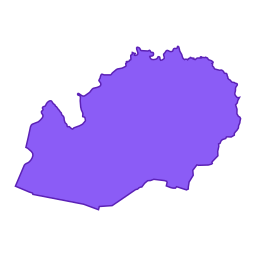 outline of West Kazakhstan
{"feature_id": "KAZ-3201", "entity_name": "West Kazakhstan", "entity_type": "Region", "adm_level": 1, "iso_a3": "KAZ", "parent_name": "Kazakhstan", "parent_adm1": "", "projection": "orthographic", "projection_center": [51.03, 49.856], "detail": "fine", "context": "isolated", "style": "filled", "palette": "violet", "viewbox_px": 256, "rotation_deg": 0, "n_neighbors": 0, "source": "natural_earth", "source_scale": "10m", "svg_char_len": 4890}
<svg xmlns="http://www.w3.org/2000/svg" viewBox="0 0 256 256"><path d="M177.9,46.3L178.6,46.7L179.1,48.1L179.5,49.8L179.8,51.1L181.7,54.5L182.5,57.2L182.7,57.7L183.0,58.2L183.4,58.8L183.9,59.2L184.5,59.6L185.2,59.2L187.6,59.3L187.7,59.7L188.0,59.5L188.4,59.1L188.6,58.7L188.8,58.5L189.1,58.4L189.8,58.3L189.9,58.1L190.1,57.8L190.2,57.5L190.6,57.4L190.9,57.5L191.5,58.1L193.2,58.1L193.8,58.3L193.4,59.0L194.0,59.1L194.7,59.5L195.1,59.6L195.5,59.5L195.8,59.1L196.2,58.7L196.5,58.4L197.5,58.0L200.7,58.0L200.4,57.3L200.5,56.9L200.9,56.8L201.3,56.8L201.5,56.9L201.7,57.1L201.8,57.3L201.9,57.5L202.2,57.6L202.4,57.5L202.5,57.4L204.7,57.6L205.1,57.5L205.7,57.2L206.2,57.6L206.3,57.5L207.3,57.9L207.7,58.3L208.2,59.3L208.6,59.7L211.4,60.7L212.5,61.5L212.9,61.8L213.1,62.5L212.9,62.9L212.0,63.4L212.5,63.9L212.5,64.6L212.4,65.4L212.6,66.1L213.5,67.0L213.9,67.5L214.1,68.2L214.8,69.0L219.8,70.3L221.1,70.0L221.9,70.2L222.9,70.9L223.5,71.5L224.2,72.9L224.8,73.3L226.2,73.4L226.7,73.8L227.0,74.4L227.3,76.1L227.6,76.6L227.8,77.0L227.9,77.4L227.8,78.2L228.7,79.2L229.2,79.6L230.3,80.2L230.7,80.7L231.0,81.2L231.5,81.8L232.1,82.2L234.3,82.5L234.6,82.7L235.1,83.1L235.4,83.3L236.6,83.5L237.0,83.7L237.2,84.0L237.3,84.4L237.3,84.9L237.1,85.3L235.7,87.4L235.5,88.3L235.5,90.1L235.4,91.0L234.9,92.9L234.8,93.8L235.0,94.6L235.4,95.5L236.5,96.8L237.0,97.3L237.7,97.7L238.2,97.7L239.5,97.4L237.7,100.7L237.3,102.9L235.6,104.9L237.0,109.2L236.9,113.7L238.4,116.3L239.8,117.1L240.6,118.6L240.0,121.2L239.8,122.9L238.6,125.7L238.4,128.0L237.0,130.2L235.4,131.9L234.3,133.4L234.3,135.2L231.2,137.0L227.8,136.8L226.4,137.0L225.7,138.5L222.4,139.6L221.0,141.0L220.0,143.4L218.6,143.9L218.8,146.5L217.7,151.3L217.9,155.8L212.7,161.2L211.9,162.2L212.3,163.5L211.5,164.1L208.4,165.0L198.5,165.3L196.9,164.9L192.8,170.3L193.2,175.3L189.1,182.0L188.3,187.1L188.3,189.0L186.5,189.9L176.6,186.7L175.5,188.1L173.0,188.1L170.7,187.6L166.3,185.9L167.1,182.6L166.7,181.3L164.6,180.6L153.8,179.3L150.6,180.5L147.7,180.7L144.6,183.3L141.8,187.0L140.5,187.1L139.0,187.8L137.6,189.1L135.6,189.6L112.2,205.6L99.3,206.5L98.5,209.7L83.6,204.2L32.9,194.4L32.9,194.0L32.6,193.3L32.0,192.9L29.2,192.0L22.3,189.1L15.4,186.2L20.0,175.4L24.3,165.2L25.1,164.3L26.1,163.6L28.3,162.6L28.9,162.1L29.5,161.6L31.0,159.9L32.2,157.8L32.9,155.6L32.7,153.4L31.4,151.5L27.5,148.1L25.9,147.4L28.3,137.1L30.5,126.8L31.3,125.1L32.3,124.2L38.4,121.8L40.4,120.0L42.3,117.8L42.9,116.6L42.9,115.1L41.5,112.9L41.4,111.7L41.7,111.2L42.7,110.2L43.0,109.6L42.9,109.0L42.6,108.5L42.4,108.0L42.7,107.2L43.2,106.8L45.1,106.1L45.5,105.6L46.4,103.8L46.5,103.6L47.4,102.4L48.6,101.4L49.9,100.8L51.0,100.8L51.7,101.3L53.3,103.7L54.5,104.5L54.9,104.9L55.2,105.5L55.3,105.9L55.6,106.3L56.1,106.5L56.4,106.7L57.6,108.3L58.1,109.1L59.1,110.1L60.2,111.8L61.2,112.8L61.4,113.3L61.5,113.9L61.7,114.5L62.0,115.0L63.3,116.2L63.9,117.3L64.1,118.5L64.2,119.8L64.5,121.0L64.7,121.4L64.9,122.3L65.1,122.7L65.4,123.0L66.5,124.0L67.0,125.0L67.1,126.0L67.4,126.6L68.4,126.7L69.2,126.6L69.4,126.7L70.7,128.0L72.2,129.0L72.6,129.1L72.9,128.9L73.6,128.1L74.0,127.8L79.7,125.7L82.5,124.2L84.7,121.7L85.2,121.0L85.4,120.6L85.4,120.1L85.1,118.4L84.9,117.7L84.6,117.2L82.7,116.6L82.7,115.5L82.9,114.0L82.5,112.3L81.4,110.0L80.7,107.0L80.2,100.8L80.4,97.8L80.3,96.5L79.7,95.6L78.3,95.2L77.7,94.8L77.6,94.0L78.0,93.5L78.7,93.5L82.1,95.8L83.4,96.1L84.6,95.9L89.6,92.4L92.1,89.2L93.3,88.3L97.1,87.4L99.4,86.5L100.5,85.6L100.9,84.2L100.5,82.8L99.6,81.7L98.9,80.6L99.3,79.4L100.0,78.3L100.2,77.6L100.5,76.2L100.8,75.5L101.1,74.8L101.5,74.3L102.1,74.2L104.2,74.9L110.6,74.9L111.1,74.6L112.4,72.9L116.3,69.6L117.4,69.0L122.2,68.1L125.4,66.5L125.8,66.2L126.0,65.7L126.0,65.2L125.8,64.4L125.7,63.6L126.0,63.2L126.4,63.0L126.8,62.6L126.7,62.4L126.5,62.1L126.3,61.9L126.5,61.6L126.9,61.5L128.4,61.5L128.9,61.3L129.3,60.9L129.5,60.2L130.1,60.1L130.6,59.9L130.8,59.5L130.9,58.5L130.7,56.0L130.8,55.4L131.2,54.9L131.8,54.8L132.1,54.4L132.2,53.4L132.3,52.4L132.8,52.5L133.8,53.3L135.0,53.3L135.3,53.5L134.8,54.2L134.3,55.0L134.6,55.3L135.3,55.4L135.9,55.4L137.1,54.9L137.8,54.1L137.9,52.9L136.7,49.3L136.6,47.9L137.2,47.2L138.6,47.5L139.1,47.8L139.6,48.2L140.0,48.8L140.3,49.5L140.7,50.3L141.4,50.6L147.9,51.0L148.4,50.8L149.0,50.5L149.6,50.3L150.0,50.6L150.7,51.8L151.0,52.1L151.5,52.4L152.7,52.4L153.2,52.7L153.5,53.5L153.5,54.5L153.3,55.2L152.9,55.6L152.4,55.9L149.8,56.4L149.7,56.7L150.0,57.3L150.4,58.0L150.6,58.5L151.5,59.4L153.5,59.6L155.6,59.3L157.1,58.5L157.5,57.8L157.8,57.2L158.2,56.7L158.9,56.7L159.6,57.0L159.8,57.4L159.9,58.0L160.0,59.0L160.6,60.3L161.8,60.1L163.2,59.3L164.2,58.5L164.2,56.9L163.7,55.5L163.6,54.2L165.1,52.5L165.9,51.2L166.4,50.7L167.1,50.4L167.8,50.5L168.6,50.8L169.3,51.2L170.0,51.5L170.8,51.6L171.6,51.5L172.3,51.3L172.8,50.8L173.3,49.4L173.7,48.8L174.4,48.4L175.9,48.5L176.6,48.4L177.2,47.9L177.5,46.6L177.9,46.3Z" fill="#8b5cf6" stroke="#5b21b6" stroke-width="1.5"/></svg>